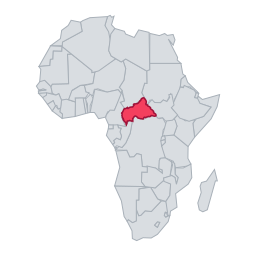 Africa, with Central African Republic highlighted
{"feature_id": "CAF", "entity_name": "Central African Republic", "entity_type": "country or territory", "adm_level": 0, "iso_a3": "CAF", "parent_name": "Africa", "parent_adm1": "", "projection": "natural_earth1", "projection_center": [20.084, 6.633], "detail": "fine", "context": "in_parent", "style": "filled", "palette": "rose", "viewbox_px": 256, "rotation_deg": 0, "n_neighbors": 49, "source": "natural_earth", "source_scale": "50m", "svg_char_len": 13095}
<svg xmlns="http://www.w3.org/2000/svg" viewBox="0 0 256 256"><path d="M173.9,134.9L188.1,146.5L187.9,158.4L190.9,164.1L188.7,165.9L175.4,167.8L173.3,161.3L165.3,157.9L162.3,152.3L161.6,146.0L165.4,142.4L164.5,135.5L173.9,134.9Z" fill="#d9dde1" stroke="#a8b0b8" stroke-width="1"/><path d="M62.1,46.5L61.8,51.3L53.3,51.1L52.9,59.1L50.4,59.4L49.9,65.5L38.9,66.5L50.7,45.7L62.1,46.5Z" fill="#d9dde1" stroke="#a8b0b8" stroke-width="1"/><path d="M161.6,146.0L165.3,157.9L159.9,158.5L158.9,168.7L162.2,169.9L162.4,173.3L155.7,168.1L142.3,166.5L141.2,154.7L136.8,153.6L133.9,156.8L129.8,157.1L126.7,150.3L115.5,150.0L119.3,146.0L122.0,147.5L125.8,143.0L130.2,133.3L132.6,118.9L135.1,116.3L143.0,119.5L151.7,115.6L156.3,115.7L159.2,118.7L162.6,117.7L166.6,125.1L163.1,130.1L161.6,146.0Z" fill="#d9dde1" stroke="#a8b0b8" stroke-width="1"/><path d="M194.6,137.2L192.9,123.3L196.0,118.8L203.6,116.4L211.0,107.1L200.0,103.4L196.9,99.1L198.4,96.3L202.4,99.5L219.6,94.6L217.1,106.8L211.1,118.9L194.6,137.2Z" fill="#d9dde1" stroke="#a8b0b8" stroke-width="1"/><path d="M188.1,146.5L173.9,134.9L177.0,126.1L174.2,118.8L177.6,114.9L185.2,120.8L195.3,119.8L192.9,123.3L194.6,137.2L188.1,146.5Z" fill="#d9dde1" stroke="#a8b0b8" stroke-width="1"/><path d="M148.8,106.4L146.7,105.0L145.8,104.1L146.0,100.6L141.7,92.8L144.6,83.2L146.9,83.4L146.7,69.7L149.7,69.7L149.7,63.4L180.9,63.4L182.8,74.0L185.3,75.9L181.2,79.2L179.9,89.8L174.7,98.9L174.0,105.0L170.6,93.9L166.9,101.5L163.3,100.0L160.5,102.7L154.6,102.5L150.1,100.0L146.9,105.2L148.8,106.4Z" fill="#d9dde1" stroke="#a8b0b8" stroke-width="1"/><path d="M146.7,71.0L146.9,83.4L144.6,83.2L141.7,92.8L144.2,97.3L131.1,107.4L123.9,108.9L120.3,102.3L124.4,100.9L122.1,90.5L119.3,87.3L123.9,80.2L125.7,68.5L123.0,60.7L125.7,59.0L146.7,71.0Z" fill="#d9dde1" stroke="#a8b0b8" stroke-width="1"/><path d="M127.1,221.2L128.3,219.6L132.6,222.6L136.3,220.8L136.3,209.2L138.8,215.7L140.7,215.4L145.2,210.8L151.3,211.5L161.3,200.9L165.9,201.4L167.7,208.0L167.4,212.6L165.3,212.3L164.3,215.4L165.8,217.1L169.9,215.4L168.1,221.7L157.5,234.3L151.2,238.0L143.1,237.7L136.7,240.6L132.4,238.6L132.0,230.8L127.1,221.2ZM159.7,222.4L157.4,222.0L154.6,225.2L157.4,227.3L159.7,222.4Z" fill="#d9dde1" stroke="#a8b0b8" stroke-width="1"/><path d="M159.7,222.4L157.4,227.3L154.6,225.2L157.4,222.0L159.7,222.4Z" fill="#d9dde1" stroke="#a8b0b8" stroke-width="1"/><path d="M165.9,201.4L157.6,199.0L150.5,187.2L155.2,187.9L163.8,180.3L170.6,184.0L169.9,195.3L165.9,201.4Z" fill="#d9dde1" stroke="#a8b0b8" stroke-width="1"/><path d="M161.3,200.9L151.3,211.5L145.2,210.8L140.7,215.4L138.8,215.7L136.3,209.2L136.3,200.1L138.8,200.0L138.9,188.9L150.5,187.2L157.6,199.0L161.3,200.9Z" fill="#d9dde1" stroke="#a8b0b8" stroke-width="1"/><path d="M136.3,200.1L136.3,220.8L132.6,222.6L128.3,219.6L127.1,221.2L124.1,216.5L121.4,200.9L114.6,185.9L150.0,186.7L138.9,188.9L138.8,200.0L136.3,200.1Z" fill="#d9dde1" stroke="#a8b0b8" stroke-width="1"/><path d="M38.6,89.7L36.4,86.1L40.6,80.7L44.7,80.3L50.9,86.5L52.4,93.3L38.6,93.4L38.3,91.0L46.3,89.9L38.6,89.7Z" fill="#d9dde1" stroke="#a8b0b8" stroke-width="1"/><path d="M52.4,93.3L50.9,86.5L52.3,84.1L68.6,83.7L67.5,54.2L71.5,54.1L92.0,70.6L92.0,72.6L94.9,72.3L93.0,83.5L80.5,85.4L72.5,90.0L68.6,99.7L61.5,100.2L58.8,93.7L55.9,95.1L52.4,93.3Z" fill="#d9dde1" stroke="#a8b0b8" stroke-width="1"/><path d="M38.9,66.5L49.9,65.5L50.4,59.4L52.9,59.1L53.3,51.1L61.8,51.3L62.1,46.5L71.5,54.1L67.5,54.2L68.6,83.7L52.3,84.1L50.9,86.5L44.7,80.3L39.7,81.7L40.8,69.4L38.9,66.5Z" fill="#d9dde1" stroke="#a8b0b8" stroke-width="1"/><path d="M90.1,112.5L87.8,112.9L87.4,103.6L85.1,99.4L90.7,93.9L93.2,98.6L90.2,105.5L90.1,112.5Z" fill="#d9dde1" stroke="#a8b0b8" stroke-width="1"/><path d="M123.0,60.7L125.7,68.5L123.9,80.2L119.3,87.3L122.1,90.5L121.0,93.1L118.1,89.7L107.2,92.1L97.7,88.8L94.2,89.9L92.7,95.7L85.9,92.0L84.3,85.5L93.0,83.5L94.9,72.3L115.6,58.8L121.2,61.9L123.0,60.7Z" fill="#d9dde1" stroke="#a8b0b8" stroke-width="1"/><path d="M90.1,112.5L94.9,89.2L107.2,92.1L118.1,89.7L122.0,94.4L114.4,110.3L107.6,111.9L105.6,117.1L98.6,118.7L94.5,112.5L90.1,112.5Z" fill="#d9dde1" stroke="#a8b0b8" stroke-width="1"/><path d="M121.8,92.0L124.4,100.9L120.3,102.3L124.3,108.1L121.7,117.3L125.6,126.6L108.7,124.9L105.6,118.0L106.3,114.9L110.0,110.1L114.4,110.3L121.8,92.0Z" fill="#d9dde1" stroke="#a8b0b8" stroke-width="1"/><path d="M85.5,97.8L87.8,112.9L85.7,113.5L82.9,98.7L85.5,97.8Z" fill="#d9dde1" stroke="#a8b0b8" stroke-width="1"/><path d="M83.1,97.7L85.7,113.5L75.1,116.5L75.2,97.9L83.1,97.7Z" fill="#d9dde1" stroke="#a8b0b8" stroke-width="1"/><path d="M61.5,100.2L66.4,99.2L75.4,102.0L75.1,116.5L62.1,118.4L62.5,114.2L59.8,111.9L61.5,100.2Z" fill="#d9dde1" stroke="#a8b0b8" stroke-width="1"/><path d="M46.6,92.8L55.9,95.1L58.8,93.7L61.5,100.2L60.7,108.1L58.2,109.2L56.8,105.4L54.8,106.0L53.2,100.7L47.5,104.3L42.6,97.6L46.6,92.8Z" fill="#d9dde1" stroke="#a8b0b8" stroke-width="1"/><path d="M38.6,93.4L46.6,92.8L46.4,95.2L42.6,97.6L38.6,93.4Z" fill="#d9dde1" stroke="#a8b0b8" stroke-width="1"/><path d="M60.3,108.1L59.8,111.9L62.5,114.2L62.1,118.4L52.2,110.9L55.5,105.8L58.2,109.2L60.3,108.1Z" fill="#d9dde1" stroke="#a8b0b8" stroke-width="1"/><path d="M47.5,104.3L53.2,100.7L55.5,105.8L52.2,110.9L47.5,104.3Z" fill="#d9dde1" stroke="#a8b0b8" stroke-width="1"/><path d="M68.6,99.7L71.8,90.8L80.5,85.4L84.3,85.5L85.9,92.0L89.0,92.7L85.5,97.8L75.2,97.9L75.4,102.0L68.6,99.7Z" fill="#d9dde1" stroke="#a8b0b8" stroke-width="1"/><path d="M132.4,121.1L130.2,133.3L125.8,143.0L122.0,147.5L116.7,145.8L114.8,147.7L112.6,144.4L114.6,142.7L113.6,140.6L116.6,138.1L120.4,139.7L121.5,136.1L120.0,131.9L121.1,128.3L118.5,127.9L117.9,124.9L125.6,126.6L128.8,120.4L132.4,121.1Z" fill="#d9dde1" stroke="#a8b0b8" stroke-width="1"/><path d="M113.1,125.0L117.6,124.8L118.5,127.9L121.1,128.3L120.0,131.9L121.5,136.1L120.4,139.7L116.6,138.1L113.6,140.6L114.6,142.7L112.6,144.4L106.4,135.4L108.3,128.8L113.1,128.7L113.1,125.0Z" fill="#d9dde1" stroke="#a8b0b8" stroke-width="1"/><path d="M108.7,124.9L113.1,125.0L113.1,128.7L108.3,128.8L108.7,124.9Z" fill="#d9dde1" stroke="#a8b0b8" stroke-width="1"/><path d="M165.3,157.9L172.0,162.1L170.3,174.7L171.7,175.5L163.6,178.1L163.8,180.3L155.2,187.9L145.1,186.6L141.5,182.1L141.7,172.1L147.2,172.2L147.0,166.0L155.7,168.1L162.4,173.3L162.2,169.9L158.9,168.7L159.2,160.5L160.7,158.2L165.3,157.9Z" fill="#d9dde1" stroke="#a8b0b8" stroke-width="1"/><path d="M170.7,160.7L174.7,163.6L175.3,174.3L178.3,177.5L176.4,184.3L175.0,177.5L170.3,174.7L172.6,164.7L170.7,160.7Z" fill="#d9dde1" stroke="#a8b0b8" stroke-width="1"/><path d="M175.4,167.8L183.2,168.0L190.9,164.1L191.8,177.7L188.2,184.1L175.6,193.6L177.0,207.2L170.5,211.1L169.9,215.4L167.9,215.4L165.9,201.4L169.9,195.3L170.6,184.0L164.0,181.4L163.6,178.1L171.7,175.5L175.0,177.5L176.4,184.3L178.3,177.5L175.3,174.3L175.4,167.8Z" fill="#d9dde1" stroke="#a8b0b8" stroke-width="1"/><path d="M167.9,215.4L165.8,217.1L164.3,215.4L165.3,212.3L167.9,215.4Z" fill="#d9dde1" stroke="#a8b0b8" stroke-width="1"/><path d="M114.8,147.7L116.7,147.5L115.5,150.0L114.8,147.7ZM115.9,151.0L126.7,150.3L129.8,157.1L133.9,156.8L136.8,153.6L141.2,154.7L142.3,166.5L147.3,167.0L147.2,172.2L141.7,172.1L141.5,182.1L145.1,186.6L114.6,185.9L119.8,167.2L115.9,151.0Z" fill="#d9dde1" stroke="#a8b0b8" stroke-width="1"/><path d="M164.7,139.5L165.4,142.4L161.6,146.0L160.8,140.8L164.7,139.5Z" fill="#d9dde1" stroke="#a8b0b8" stroke-width="1"/><path d="M214.5,169.5L217.3,180.9L215.4,180.9L207.3,209.8L202.8,211.8L199.3,209.9L197.8,203.0L201.2,192.5L200.1,186.2L201.5,182.5L206.5,181.1L214.5,169.5Z" fill="#d9dde1" stroke="#a8b0b8" stroke-width="1"/><path d="M38.3,91.0L43.0,88.8L46.3,89.9L38.3,91.0Z" fill="#d9dde1" stroke="#a8b0b8" stroke-width="1"/><path d="M109.5,37.4L104.9,25.5L107.5,16.6L110.2,15.4L111.8,17.3L114.0,16.2L111.5,24.8L114.9,28.5L109.5,37.4Z" fill="#d9dde1" stroke="#a8b0b8" stroke-width="1"/><path d="M62.1,46.5L62.5,42.0L82.1,31.3L80.5,22.2L83.0,20.5L89.9,17.7L107.5,16.6L104.9,25.5L108.6,31.8L110.2,40.2L108.7,50.6L111.2,56.0L115.6,58.8L98.7,70.9L92.0,72.6L92.0,70.6L62.1,46.5Z" fill="#d9dde1" stroke="#a8b0b8" stroke-width="1"/><path d="M180.3,87.1L181.2,79.2L185.3,75.9L187.7,82.4L198.1,92.5L196.2,92.9L189.9,86.8L180.3,87.1Z" fill="#d9dde1" stroke="#a8b0b8" stroke-width="1"/><path d="M50.7,45.7L60.4,38.6L61.7,30.3L68.2,25.5L71.1,20.3L80.5,22.2L82.1,31.3L62.5,42.0L62.2,45.7L50.7,45.7Z" fill="#d9dde1" stroke="#a8b0b8" stroke-width="1"/><path d="M180.9,63.4L149.7,63.4L149.8,33.4L159.4,35.6L164.7,33.5L167.2,35.4L173.1,34.5L175.0,39.9L173.2,45.2L168.3,39.1L177.6,57.4L177.2,60.0L180.9,63.4Z" fill="#d9dde1" stroke="#a8b0b8" stroke-width="1"/><path d="M149.1,32.4L149.7,69.7L146.7,71.0L125.7,59.0L121.2,61.9L111.2,56.0L108.7,50.6L110.8,34.0L114.9,28.5L124.4,31.3L125.6,34.0L134.2,37.5L138.7,29.9L149.1,32.4Z" fill="#d9dde1" stroke="#a8b0b8" stroke-width="1"/><path d="M211.0,107.1L203.6,116.4L189.1,121.3L179.9,118.2L171.3,107.8L180.3,87.1L183.4,87.7L184.2,85.4L194.1,90.1L196.2,92.9L194.7,97.6L197.4,98.0L200.0,103.4L211.0,107.1Z" fill="#d9dde1" stroke="#a8b0b8" stroke-width="1"/><path d="M196.2,92.9L198.8,93.4L197.4,98.0L194.7,97.6L196.2,92.9Z" fill="#d9dde1" stroke="#a8b0b8" stroke-width="1"/><path d="M173.9,134.9L162.3,136.2L166.7,120.2L174.2,118.8L175.4,120.9L177.0,126.1L173.9,134.9Z" fill="#d9dde1" stroke="#a8b0b8" stroke-width="1"/><path d="M164.5,135.5L165.4,139.1L160.8,140.8L161.5,137.0L164.5,135.5Z" fill="#d9dde1" stroke="#a8b0b8" stroke-width="1"/><path d="M165.6,121.1L162.6,117.7L158.0,118.3L146.9,105.2L152.0,99.6L154.6,102.5L160.5,102.7L163.3,100.0L166.9,101.5L169.7,97.5L168.8,94.7L171.8,94.1L174.0,105.0L171.3,107.8L177.6,114.9L172.5,120.2L165.6,121.1Z" fill="#d9dde1" stroke="#a8b0b8" stroke-width="1"/><path d="M147.6,105.0L147.8,105.1L147.7,105.7L147.8,105.9L148.0,106.2L148.3,106.3L148.5,106.4L149.2,106.5L149.5,106.7L150.0,107.2L150.5,107.7L150.6,108.0L150.4,108.5L150.7,108.9L151.0,109.2L151.5,109.5L152.3,110.0L152.7,110.4L152.9,110.6L153.1,110.9L153.4,111.1L153.6,111.3L153.5,111.9L153.5,112.1L153.8,112.5L153.8,112.8L154.0,113.1L154.2,113.3L154.6,113.3L154.8,113.5L155.2,113.8L155.5,114.0L155.8,114.3L155.9,114.5L155.9,115.1L156.0,115.5L156.2,115.9L156.4,116.1L155.6,115.8L155.4,115.9L155.0,116.2L154.9,116.2L154.7,116.2L154.3,116.2L153.1,115.9L152.2,115.6L151.9,115.6L151.4,115.5L151.0,115.6L150.7,116.2L150.6,116.4L150.1,116.5L149.9,116.5L149.3,116.7L148.4,116.4L148.1,116.5L147.9,116.6L147.2,116.9L146.9,117.0L146.4,117.1L146.0,117.4L145.7,117.5L145.4,117.5L145.2,117.4L144.9,117.3L144.6,117.2L144.2,117.3L143.9,117.5L143.6,118.2L143.3,118.9L143.1,119.0L141.7,118.8L141.1,118.7L140.7,118.8L140.2,118.6L139.9,118.5L139.6,118.5L139.1,118.3L138.7,118.2L138.3,118.2L138.0,118.1L137.8,117.9L137.6,117.4L137.1,117.0L136.5,116.6L136.2,116.3L136.0,116.2L135.7,116.1L135.2,116.0L134.7,116.2L134.0,116.8L133.4,117.9L133.0,118.4L132.7,118.5L132.8,119.2L132.9,119.7L132.8,120.5L132.8,121.2L132.6,121.1L132.5,120.8L132.4,120.7L132.0,120.9L131.8,121.0L131.7,121.1L131.5,120.9L131.3,120.9L131.2,120.9L130.9,120.9L130.6,120.8L129.9,120.6L129.6,120.5L129.3,120.7L129.1,120.8L128.5,120.9L127.8,121.0L127.6,121.0L127.4,121.1L127.2,121.5L127.1,122.0L127.1,122.3L127.0,122.7L127.0,123.0L126.9,123.6L126.6,124.1L126.4,124.5L126.3,124.9L126.1,124.6L126.1,124.3L126.0,123.9L126.0,123.7L125.9,123.4L126.0,123.2L125.9,122.9L125.8,122.7L125.7,122.6L125.6,122.4L125.4,122.3L125.2,122.3L124.9,121.9L124.6,121.6L124.3,121.2L124.1,120.9L123.7,120.5L123.4,120.1L123.3,119.7L123.2,119.5L123.3,119.5L123.5,119.4L123.3,119.0L123.3,118.7L123.2,118.4L122.8,118.1L122.5,117.8L122.4,117.7L122.2,116.2L122.1,115.9L122.0,115.7L121.9,115.6L121.9,115.3L122.0,115.1L122.1,114.9L122.1,113.7L121.9,113.6L121.7,113.4L121.6,113.2L121.7,112.9L121.8,112.8L121.9,112.7L122.3,112.5L122.5,112.3L122.5,112.2L122.7,111.6L123.1,111.0L123.2,110.9L123.3,110.5L123.5,110.0L123.6,109.8L123.7,109.6L123.8,109.4L124.1,109.1L124.4,108.6L124.7,108.6L125.0,108.7L125.4,108.7L125.7,108.6L125.9,108.4L126.3,108.3L126.8,108.1L126.9,107.8L127.0,107.7L127.3,107.5L127.4,107.9L127.6,108.2L127.9,108.5L128.0,108.5L128.2,108.2L128.7,108.1L128.8,108.0L129.1,107.7L129.6,107.5L129.7,107.4L129.8,107.4L130.2,107.1L130.5,107.2L131.0,107.1L131.8,107.0L132.4,107.0L132.7,107.0L132.8,106.9L132.9,106.6L133.0,106.5L133.2,106.3L133.6,105.8L133.9,105.4L134.0,105.3L134.0,105.2L134.0,104.9L133.5,104.5L133.5,104.4L133.7,104.2L134.0,104.0L134.2,103.9L134.9,103.9L135.5,103.9L136.1,103.8L136.4,103.7L136.7,103.6L137.4,103.6L138.0,103.1L138.3,103.0L138.3,102.9L138.6,102.7L138.9,102.3L139.2,102.0L139.2,101.8L139.9,100.9L140.1,101.0L140.3,100.9L140.5,100.3L140.6,100.2L140.9,100.1L141.0,100.0L141.1,99.7L141.1,99.4L141.1,99.2L141.3,98.9L141.8,98.6L141.9,98.4L142.0,98.3L142.3,98.3L142.4,98.2L142.5,98.1L142.9,97.9L143.2,97.8L143.5,97.8L143.8,97.9L144.1,98.0L144.4,98.4L144.5,98.5L145.2,99.4L145.4,99.7L145.8,100.3L146.0,100.8L146.3,101.4L146.3,101.8L146.3,102.1L146.2,102.9L146.2,103.2L145.8,103.6L145.8,103.8L145.9,104.0L146.0,104.1L146.0,104.6L146.4,104.8L147.0,104.9L147.4,104.9L147.6,105.0Z" fill="#f43f5e" stroke="#9f1239" stroke-width="1.5"/></svg>